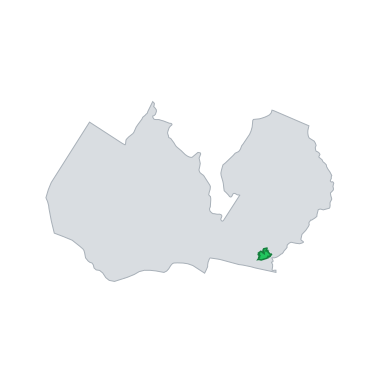 Kasenengwa, Eastern, Zambia shown in context, rotated 33°
{"feature_id": "96606910B99834275279733", "entity_name": "Kasenengwa", "entity_type": "district", "adm_level": 2, "iso_a3": "ZMB", "parent_name": "Zambia", "parent_adm1": "Eastern", "projection": "robinson", "projection_center": [32.185, -13.669], "detail": "fine", "context": "in_parent", "style": "filled", "palette": "green", "viewbox_px": 384, "rotation_deg": 33, "n_neighbors": 0, "source": "geoboundaries", "source_scale": "gbopen_adm2", "svg_char_len": 6353}
<svg xmlns="http://www.w3.org/2000/svg" viewBox="0 0 384 384"><g transform="rotate(33 192 192)"><path d="M246.8,253.2L232.7,253.2L227.5,254.5L223.3,256.4L218.3,259.4L215.4,261.5L214.6,262.7L214.2,265.3L214.3,269.2L213.8,272.1L212.3,274.7L204.6,277.9L199.7,280.4L194.8,283.5L191.1,287.5L188.6,292.4L184.5,298.4L175.7,309.2L170.7,311.2L166.4,310.8L161.2,308.5L157.2,308.1L154.1,309.5L151.3,309.1L148.8,306.8L146.6,306.0L144.9,306.6L142.6,306.5L138.6,305.2L135.0,301.4L133.1,299.8L131.6,299.2L127.4,298.6L117.7,297.7L107.7,299.6L98.9,301.5L89.8,292.9L81.1,283.8L79.2,281.5L75.9,278.5L73.5,277.0L72.6,276.3L70.2,268.2L68.8,260.7L68.0,189.2L107.5,189.2L110.1,188.9L110.2,188.1L108.3,184.3L108.4,182.9L108.9,180.3L110.6,175.2L110.7,173.4L109.8,167.8L109.9,164.6L110.3,158.3L110.0,156.1L110.9,153.3L111.2,151.4L111.6,150.5L111.1,148.4L110.2,140.8L109.8,137.6L112.1,138.1L112.9,139.6L113.4,141.3L114.5,141.4L117.3,142.5L118.3,143.9L119.0,146.9L118.6,148.5L117.7,149.7L118.6,150.8L120.5,151.6L121.6,151.3L124.8,149.3L127.7,148.5L129.2,148.0L135.7,146.6L137.0,145.9L137.9,145.9L138.6,146.5L138.0,148.6L137.8,150.5L138.7,154.1L139.3,155.8L140.7,157.0L141.7,157.7L142.8,159.0L145.0,158.7L150.1,160.6L151.6,161.4L153.7,162.3L155.2,162.6L160.4,163.2L165.8,164.3L168.7,164.4L170.7,164.1L172.1,163.6L173.0,163.0L173.3,162.5L175.4,155.6L176.4,155.1L177.8,154.7L178.6,155.4L179.5,159.7L183.4,163.6L184.8,166.9L185.8,169.7L186.6,170.4L188.1,171.4L190.5,171.7L192.7,171.8L203.3,176.6L204.5,177.5L205.8,180.0L206.6,182.9L207.5,185.2L208.8,185.6L210.0,185.8L211.3,187.3L212.2,188.7L215.4,194.4L215.8,196.6L217.3,198.1L219.4,198.7L221.3,198.8L222.4,198.1L225.1,197.0L227.2,195.6L228.8,195.2L229.7,195.5L230.4,196.4L230.9,199.2L232.4,200.1L233.5,199.8L233.9,198.7L233.9,198.1L233.8,168.7L232.9,168.9L231.6,169.7L228.8,169.8L227.7,170.5L227.4,171.4L227.6,172.6L227.7,174.3L227.3,175.1L226.0,175.4L224.3,174.7L221.0,173.9L218.3,173.4L216.4,171.2L213.7,167.9L212.0,166.2L207.9,162.7L207.2,162.0L205.9,160.4L204.8,157.6L203.8,154.4L203.2,152.4L204.2,149.3L206.6,139.1L207.1,135.9L209.1,132.7L209.3,129.8L208.5,126.1L208.7,124.1L208.9,112.4L208.3,108.7L207.0,104.6L204.0,98.9L204.0,97.7L208.6,94.0L209.9,92.6L212.3,89.6L213.9,87.1L215.0,85.0L215.3,82.4L214.5,79.8L216.1,79.3L254.0,72.8L254.6,74.5L255.7,77.4L257.0,79.5L258.7,81.4L260.1,82.5L261.0,82.9L266.8,82.8L268.9,83.9L270.7,85.3L271.2,87.6L272.4,89.0L273.7,90.1L274.3,90.2L275.2,89.9L276.8,89.9L278.2,90.4L278.9,90.9L279.0,92.8L279.4,93.6L281.4,93.9L283.4,94.1L285.4,95.3L287.5,95.5L289.9,96.1L291.0,97.4L293.6,98.8L296.8,100.1L300.3,102.1L300.3,102.8L300.9,104.0L301.5,104.9L301.6,106.2L301.9,107.4L302.8,107.7L303.5,107.7L304.2,106.9L305.1,106.9L306.1,107.4L306.5,108.8L307.3,110.7L308.6,111.9L309.4,113.2L309.1,115.4L308.6,117.4L310.3,119.4L312.6,121.3L313.2,122.2L313.4,125.0L313.7,126.0L315.3,128.3L316.0,129.9L316.0,130.8L311.8,135.5L309.3,136.2L308.2,137.1L307.5,138.1L309.1,142.8L310.0,144.5L309.3,146.8L307.6,150.5L306.9,150.8L306.7,153.7L307.2,154.7L308.1,155.5L308.4,157.4L308.3,162.2L307.3,167.7L309.1,172.4L309.8,172.9L312.3,173.0L312.8,173.4L312.2,174.7L310.4,176.8L307.1,178.4L302.4,180.2L301.4,181.9L300.7,184.4L301.3,185.9L301.9,186.7L301.7,188.9L301.3,191.2L301.4,193.0L301.2,194.6L300.6,195.4L299.8,197.8L298.7,200.2L297.9,201.3L296.8,202.5L294.9,203.5L294.9,203.9L297.0,205.1L297.6,205.8L297.8,206.4L296.9,207.6L297.9,208.3L299.1,208.9L300.2,210.6L301.5,213.6L301.7,213.9L302.1,213.9L302.8,213.6L304.1,212.4L305.0,211.9L306.2,213.7L286.5,221.2L281.8,222.7L274.9,225.4L272.7,226.4L270.9,227.3L252.6,233.2L249.7,234.4L243.2,237.4L243.0,237.8L243.1,239.2L243.7,242.0L244.8,244.6L245.8,246.1L246.4,249.8L246.8,253.2Z" fill="#d9dde1" stroke="#a8b0b8" stroke-width="1"/><path d="M288.1,200.2L287.9,200.3L287.7,200.3L287.4,200.3L287.1,200.4L287.0,200.5L287.0,200.4L286.9,200.5L286.7,200.5L286.4,200.5L286.3,200.4L286.2,200.5L286.2,200.4L286.1,200.2L286.0,200.3L286.0,200.2L286.0,199.9L286.1,199.7L286.0,199.4L285.9,199.2L285.8,198.9L285.7,198.8L285.7,198.7L285.6,198.4L285.5,198.2L285.4,198.2L283.1,200.5L283.1,200.8L283.3,201.2L283.2,201.3L283.3,201.4L283.3,201.5L283.3,201.8L283.3,202.1L283.5,202.1L283.6,202.3L283.7,202.2L283.8,202.3L284.0,202.3L284.0,202.5L284.1,202.4L284.2,202.5L284.3,202.7L284.3,202.8L284.5,202.8L284.6,203.0L284.8,203.2L284.8,203.3L285.0,203.3L285.3,203.4L285.3,203.5L285.5,203.6L285.6,203.8L285.8,203.9L285.7,203.9L285.8,203.9L285.8,204.0L285.7,204.1L285.8,204.2L285.9,204.3L286.0,204.4L285.9,204.4L285.2,204.3L284.8,204.4L284.3,204.3L284.0,204.2L283.9,204.1L283.5,204.2L283.1,204.1L282.5,204.1L282.1,204.2L281.9,204.3L281.9,204.5L281.7,204.8L281.7,205.0L281.6,205.5L281.6,205.8L281.5,206.0L281.4,206.1L281.5,206.1L281.5,206.3L281.7,206.5L281.8,206.5L282.0,206.7L282.0,206.8L282.1,207.1L282.2,207.4L282.4,207.5L282.5,207.8L282.3,207.8L282.2,207.9L281.9,207.9L281.7,207.7L281.4,207.6L281.3,207.8L281.4,208.0L281.5,208.2L281.7,208.3L281.9,208.3L281.9,208.5L282.0,208.5L282.1,208.4L282.3,208.3L282.5,208.3L282.5,208.2L282.7,208.3L282.8,208.3L282.7,208.4L282.8,208.4L282.8,208.5L283.0,208.6L282.9,208.8L283.0,208.9L283.0,209.0L283.3,209.2L283.4,209.3L283.5,209.2L283.5,209.3L283.7,209.1L283.8,209.2L284.0,209.2L284.1,209.3L284.1,209.2L284.1,209.3L284.1,209.5L284.1,209.8L284.1,210.0L284.0,210.3L284.0,210.5L283.9,210.7L283.8,210.8L283.9,211.0L284.0,211.2L284.0,211.3L284.1,211.5L284.1,211.8L284.1,212.1L284.1,212.3L284.0,212.5L284.0,212.8L284.1,212.7L284.6,212.3L285.3,211.9L286.9,211.4L287.1,211.3L288.1,210.1L288.5,209.6L288.8,209.4L288.8,209.2L289.6,208.3L290.0,207.8L290.2,207.6L290.3,207.5L290.5,207.3L290.8,206.9L291.0,206.3L291.1,206.2L291.4,206.0L291.3,205.9L291.1,205.9L291.1,205.7L290.9,205.6L291.0,205.3L291.0,205.1L290.9,204.6L291.0,204.6L290.9,204.5L291.1,204.4L291.1,204.5L291.3,204.7L291.4,204.8L291.5,204.7L291.5,204.8L291.6,204.6L291.8,204.5L291.9,204.4L292.0,204.4L292.1,204.1L292.4,203.6L292.5,203.6L292.6,203.4L292.4,203.2L292.3,202.9L292.2,202.8L292.2,202.7L292.3,202.4L292.3,202.2L292.7,201.7L292.8,201.3L292.8,201.2L292.6,201.0L292.4,200.9L292.3,201.0L292.1,201.1L292.0,201.6L292.0,201.8L291.6,201.6L291.4,201.5L290.9,201.5L290.7,201.4L290.3,201.5L290.1,201.3L289.9,201.2L289.5,201.0L289.3,201.0L289.0,201.0L288.9,201.0L288.7,201.0L288.7,200.9L288.4,200.8L288.3,200.7L288.2,200.5L288.1,200.4L288.1,200.2Z" fill="#22c55e" stroke="#15803d" stroke-width="1.5"/></g></svg>